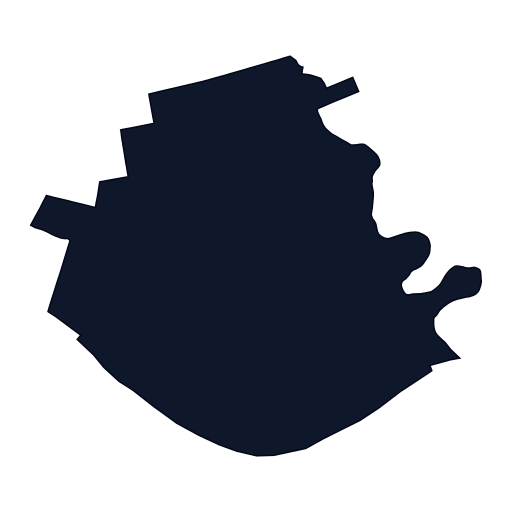 the district of Islaz, Romania
{"feature_id": "2599482B76423000679583", "entity_name": "Islaz", "entity_type": "district", "adm_level": 2, "iso_a3": "ROU", "parent_name": "Romania", "parent_adm1": "", "projection": "albers", "projection_center": [24.743, 43.739], "detail": "fine", "context": "isolated", "style": "filled", "palette": "ink", "viewbox_px": 512, "rotation_deg": 0, "n_neighbors": 0, "source": "geoboundaries", "source_scale": "gbopen_adm2", "svg_char_len": 5553}
<svg xmlns="http://www.w3.org/2000/svg" viewBox="0 0 512 512"><path d="M352.7,77.4L334.7,84.9L327.8,87.7L327.2,88.1L326.6,88.4L326.0,87.2L325.0,85.2L324.3,83.4L323.8,82.6L322.0,80.2L320.8,78.4L317.6,77.3L313.6,76.0L311.4,75.3L310.0,75.0L308.3,74.7L306.7,74.4L305.7,74.3L303.2,74.1L301.6,74.0L302.0,73.1L302.2,70.8L302.9,67.1L301.9,66.9L300.8,66.5L299.6,65.8L298.6,65.2L298.1,64.6L297.7,63.9L297.2,63.1L296.7,62.1L296.3,61.3L295.9,60.6L295.4,60.1L294.9,59.8L290.1,56.2L285.7,57.5L283.2,58.2L282.0,58.6L281.8,58.7L281.5,58.9L281.2,58.9L280.3,59.2L279.6,59.4L279.2,59.5L278.5,59.7L277.7,60.0L274.1,61.0L272.9,61.3L269.5,62.3L269.4,62.4L267.5,62.9L265.0,63.7L253.4,67.0L249.9,68.0L242.6,70.2L239.3,71.1L235.1,72.3L232.0,73.2L231.2,73.4L231.2,73.5L230.2,73.7L229.1,74.0L227.7,74.5L225.2,75.2L223.7,75.6L223.2,75.8L220.8,76.4L220.6,76.5L220.4,76.5L218.9,77.0L217.6,77.3L217.3,77.4L215.2,77.9L215.1,78.0L214.9,78.1L212.4,78.7L211.1,79.1L210.6,79.3L210.1,79.4L208.2,80.0L204.3,81.0L202.2,81.6L196.4,82.9L195.5,83.2L195.2,83.2L194.6,83.4L194.2,83.5L190.7,84.3L188.3,84.8L186.8,85.2L182.4,86.2L176.1,87.7L173.6,88.3L169.5,89.2L168.2,89.5L164.4,90.4L162.7,90.8L159.2,91.6L156.7,92.2L153.9,92.9L150.6,93.7L149.1,94.0L148.9,94.1L148.9,94.3L149.3,96.8L150.5,103.3L151.5,109.0L151.8,110.7L152.0,111.8L152.3,113.5L153.0,117.4L153.5,119.9L154.0,122.7L154.1,123.4L151.7,123.8L145.8,125.0L131.7,127.8L126.6,128.7L126.5,128.8L126.2,128.8L122.9,129.4L122.4,129.5L122.0,129.6L121.3,129.8L121.2,129.8L120.7,129.9L120.8,130.2L121.2,133.1L121.6,136.5L121.7,136.9L121.8,138.0L122.0,139.3L122.1,139.5L122.1,140.0L122.7,143.2L122.7,143.5L123.3,147.2L123.4,147.5L123.4,147.8L123.6,148.8L124.1,152.0L124.6,155.0L124.8,156.4L124.9,157.3L125.0,157.4L125.0,157.5L125.1,158.2L125.5,160.6L125.9,163.5L126.1,164.6L126.2,164.9L126.4,165.5L126.5,166.3L127.2,170.8L128.0,175.5L128.2,176.8L127.7,176.9L126.7,177.1L126.2,177.1L99.8,181.8L99.6,182.8L99.1,185.9L98.7,188.9L98.2,192.0L97.7,195.2L97.1,198.3L96.5,201.3L95.9,204.4L95.5,207.5L93.0,207.0L87.9,205.7L82.8,204.4L77.7,203.2L72.7,202.0L67.8,200.7L62.7,199.5L57.5,198.3L52.4,197.1L46.4,195.5L45.7,197.0L42.7,202.7L39.9,208.4L36.6,214.3L30.7,225.2L32.2,226.0L34.0,227.0L35.1,227.5L36.0,227.8L38.6,228.6L41.2,229.3L42.6,229.8L46.0,231.3L47.7,232.1L51.4,234.1L53.4,235.0L55.3,235.9L56.6,236.4L57.9,236.8L60.5,237.9L60.9,237.8L62.2,238.2L64.7,238.6L66.2,238.5L67.7,238.5L70.0,240.5L70.1,240.8L68.5,245.4L66.6,251.9L64.6,258.3L62.7,264.7L60.7,271.2L58.6,277.6L56.5,284.1L54.5,290.6L52.5,296.8L49.2,307.4L48.0,311.6L55.9,316.7L80.8,335.2L77.2,339.4L93.6,354.9L103.7,367.2L106.7,370.1L119.2,381.5L126.1,385.8L133.2,390.4L153.7,406.5L176.9,423.3L198.7,435.2L219.3,444.8L236.6,451.1L256.7,455.8L274.0,455.3L291.9,451.4L295.0,450.8L305.8,448.4L323.1,438.8L341.6,429.5L360.0,420.4L379.0,407.8L400.1,391.7L418.2,379.8L431.8,370.7L431.6,370.1L429.9,365.4L449.9,359.9L459.7,358.1L450.7,349.6L445.0,342.4L441.4,339.2L439.1,337.0L437.3,335.1L435.4,332.5L434.2,328.9L433.7,325.5L433.6,321.4L433.7,319.8L433.7,318.6L434.0,317.8L434.4,317.1L435.3,316.4L436.2,315.5L437.5,313.8L438.9,311.4L439.8,310.2L443.1,307.1L445.7,305.1L448.5,303.1L451.3,301.5L453.7,300.4L457.1,299.2L463.8,297.6L467.0,296.9L468.7,296.8L471.7,295.9L474.0,295.0L475.4,294.2L477.0,292.8L478.2,291.5L478.9,290.3L479.7,288.2L480.4,286.2L481.1,283.2L481.3,280.8L481.0,278.8L480.9,275.5L480.6,273.1L480.4,271.5L480.2,270.9L479.6,269.8L478.8,269.1L477.5,268.4L475.5,267.6L474.7,267.4L473.3,267.4L470.5,267.9L468.7,268.1L467.6,268.0L466.0,267.8L465.1,267.7L464.6,267.5L463.7,267.1L458.2,266.1L456.6,266.0L454.9,266.3L453.5,267.2L451.8,268.4L449.9,270.0L448.0,272.1L446.3,274.3L444.7,276.8L441.9,281.7L440.3,284.3L437.8,286.9L434.3,289.7L432.2,291.2L430.6,291.9L424.8,293.1L420.4,293.8L416.8,293.9L413.0,294.0L409.8,294.7L408.4,294.9L407.0,294.7L406.0,294.4L405.2,293.7L404.3,292.6L403.0,290.6L401.7,287.5L401.4,285.9L401.3,284.8L401.4,283.5L401.8,282.5L402.4,281.3L403.2,280.4L404.5,279.6L405.7,278.8L408.1,276.1L409.2,274.8L410.7,272.1L411.9,270.9L413.6,269.8L415.8,269.0L417.6,268.0L420.7,266.2L422.0,265.0L423.4,263.4L428.1,256.2L429.3,253.4L429.7,251.4L429.9,249.5L430.1,246.7L430.1,245.2L429.3,241.8L428.3,239.1L426.9,237.2L424.8,235.6L422.4,234.3L418.6,232.5L417.0,232.3L415.4,232.1L413.1,232.2L409.7,232.5L405.1,233.4L399.3,235.2L391.5,237.8L389.3,238.5L387.7,238.6L386.5,238.5L385.5,238.3L384.6,238.1L383.1,237.4L382.1,236.9L380.8,236.1L379.3,234.7L378.7,234.2L378.3,233.3L377.9,232.6L377.4,231.4L376.7,228.3L376.1,225.3L375.8,224.0L375.4,222.9L374.2,220.9L373.3,219.7L372.6,218.9L372.4,218.5L371.4,215.6L371.2,214.4L371.8,210.5L372.2,208.2L372.4,206.3L372.5,204.6L372.8,202.9L372.8,201.4L373.0,199.5L373.3,195.7L373.3,193.2L373.2,191.7L372.9,190.3L372.5,188.1L372.0,185.4L371.8,184.0L371.8,183.5L372.1,182.3L372.3,181.1L372.2,179.7L372.0,178.4L372.0,177.5L372.3,176.2L372.8,174.8L373.8,173.1L375.2,170.7L376.1,169.6L377.7,167.9L378.9,166.3L379.5,165.4L379.6,164.9L379.8,164.0L379.8,162.8L379.6,160.8L378.9,158.8L377.9,156.6L376.5,154.6L374.2,152.4L371.3,149.8L368.3,147.2L366.3,145.7L365.3,145.0L364.4,144.6L363.7,144.3L363.2,144.2L362.0,144.2L360.5,144.2L355.6,144.9L353.6,145.0L350.9,145.0L348.7,143.6L346.5,142.2L343.7,140.8L340.2,138.8L338.1,137.5L335.9,136.2L333.0,134.7L330.9,133.3L327.6,130.4L325.5,128.4L324.3,126.6L323.2,124.9L321.9,122.1L321.3,120.1L320.7,118.5L319.6,116.5L318.1,113.3L317.5,111.6L317.4,111.1L317.3,110.8L317.4,109.8L317.6,108.7L327.3,104.5L331.1,102.8L335.7,100.9L358.7,91.5L356.7,86.8L352.7,77.4Z" fill="#0f172a" stroke="#020617" stroke-width="1.5"/></svg>